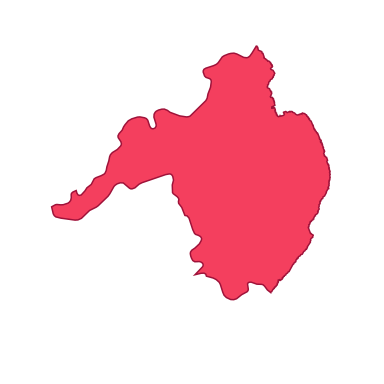 the district of Sosua, Puerto Plata, Dominican Republic, rotated 72°
{"feature_id": "3306468B55760825381670", "entity_name": "Sosua", "entity_type": "district", "adm_level": 2, "iso_a3": "DOM", "parent_name": "Dominican Republic", "parent_adm1": "Puerto Plata", "projection": "orthographic", "projection_center": [-70.473, 19.663], "detail": "fine", "context": "isolated", "style": "filled", "palette": "rose", "viewbox_px": 384, "rotation_deg": 72, "n_neighbors": 0, "source": "geoboundaries", "source_scale": "gbopen_adm2", "svg_char_len": 5849}
<svg xmlns="http://www.w3.org/2000/svg" viewBox="0 0 384 384"><g transform="rotate(72 192 192)"><path d="M312.0,148.2L311.4,147.9L311.4,147.0L309.6,145.1L309.6,144.5L309.0,144.1L309.0,143.5L308.4,143.2L308.4,142.6L307.8,142.3L307.8,141.3L306.9,140.7L306.9,140.0L306.3,139.4L305.1,139.1L305.1,138.5L304.5,137.8L303.6,137.8L303.6,137.5L302.4,137.2L302.4,136.0L303.0,136.0L303.0,135.3L303.3,135.3L303.0,134.1L302.7,134.1L302.7,133.1L302.1,132.5L301.5,132.5L301.5,131.8L300.7,131.2L300.7,130.3L300.1,130.0L299.8,128.4L298.9,127.7L298.6,126.2L297.7,125.2L297.7,124.3L292.0,118.3L292.0,117.7L291.1,117.0L290.8,115.8L290.3,115.4L290.3,114.8L288.8,114.2L288.5,113.2L287.9,112.9L287.9,112.0L287.3,112.0L287.3,111.3L286.4,110.7L286.1,108.8L285.2,107.9L285.2,106.3L283.1,104.1L282.8,102.8L281.6,101.6L281.9,100.9L280.4,99.4L279.9,99.4L276.3,94.9L275.7,94.9L274.8,94.0L273.9,94.0L273.0,93.1L272.4,91.2L271.8,91.2L270.9,90.2L270.1,90.2L268.9,91.5L268.3,91.5L268.0,92.1L262.0,92.4L262.0,92.1L260.8,91.8L260.6,91.2L259.1,90.9L259.1,90.2L258.5,89.6L257.9,89.6L257.3,88.6L256.7,88.6L256.7,87.4L256.1,87.1L255.8,85.5L255.2,85.2L255.2,84.5L254.6,84.5L252.8,82.7L252.8,82.0L251.9,81.7L251.3,79.5L250.4,78.5L249.6,78.6L249.3,77.9L248.7,77.9L247.5,76.3L245.7,76.3L244.8,75.4L243.3,75.1L242.7,73.8L241.8,73.8L241.2,73.2L240.6,73.2L240.6,72.6L240.1,72.6L239.5,71.9L239.5,71.3L238.6,70.7L238.6,69.7L237.1,68.8L236.8,67.2L234.1,64.4L233.5,64.4L231.1,61.8L231.1,61.2L230.3,61.2L230.3,60.9L229.7,61.2L228.2,59.6L227.3,59.6L226.7,59.0L225.5,59.0L224.9,58.4L224.0,58.4L223.7,57.7L223.1,57.7L222.8,57.1L221.0,56.5L221.0,56.2L218.4,55.8L218.1,55.2L216.3,55.2L216.3,54.9L214.8,54.6L214.8,54.3L212.4,54.6L212.4,54.3L211.3,54.3L211.3,54.0L208.6,54.0L208.6,53.6L207.1,54.0L207.1,54.3L204.4,54.3L203.8,53.3L200.9,53.3L200.9,53.6L199.7,54.0L198.8,54.9L198.2,54.9L198.2,54.6L196.1,54.9L195.2,54.0L194.6,54.0L194.3,53.3L193.1,53.3L193.1,53.6L190.2,53.6L190.2,53.3L187.2,53.6L187.2,53.3L185.4,53.3L184.8,54.3L183.9,54.3L183.6,53.3L182.8,53.3L182.8,53.6L182.2,53.6L181.6,54.3L180.7,54.3L180.7,54.0L175.3,54.3L175.3,54.6L174.4,54.6L174.1,55.2L172.7,55.2L172.1,55.8L170.6,55.8L170.6,56.2L169.4,56.2L169.4,56.5L166.1,56.2L166.1,56.5L161.4,56.8L160.5,57.7L159.0,57.7L159.0,58.1L158.1,58.0L158.1,58.4L156.6,58.4L156.6,58.7L155.4,59.0L155.4,59.3L154.0,59.3L153.7,59.9L152.2,60.6L152.1,61.2L151.0,62.5L151.3,63.7L151.6,63.7L151.3,64.0L151.3,65.9L151.6,65.9L151.3,68.1L150.1,69.4L148.6,70.0L147.4,71.6L146.8,71.6L146.2,72.2L146.2,73.5L145.9,73.5L145.9,74.5L145.6,74.5L145.9,77.0L144.4,77.9L144.4,80.1L145.0,80.1L145.0,80.4L146.5,80.1L147.4,81.1L147.4,83.9L147.1,83.9L147.1,84.9L146.8,84.9L147.1,85.2L147.1,86.4L146.5,87.1L145.6,87.1L145.6,87.4L144.4,87.4L144.4,87.7L143.3,87.4L143.3,87.7L141.8,87.7L141.8,88.0L140.3,88.0L140.0,87.4L137.6,87.4L137.0,88.0L137.0,89.0L137.3,89.0L137.0,90.2L135.8,89.9L135.2,86.4L132.0,86.1L132.0,85.8L130.2,85.8L130.2,86.1L128.7,85.8L128.7,86.1L127.8,86.1L127.8,86.4L126.9,86.4L126.3,88.0L125.4,88.0L124.8,87.1L124.3,87.1L123.1,85.8L121.6,85.5L121.6,85.8L120.4,85.8L120.4,86.1L117.7,86.4L116.2,88.0L115.3,88.0L114.5,87.1L113.6,87.1L113.0,85.8L111.5,85.2L110.9,84.5L110.9,83.9L109.4,82.6L109.1,80.7L107.9,79.8L107.9,79.2L107.0,78.9L106.4,77.9L105.9,77.9L104.7,76.6L101.4,77.3L99.6,79.2L99.0,79.2L98.4,78.5L98.1,77.3L97.2,77.0L97.2,76.6L95.8,76.6L95.8,77.0L94.9,77.0L94.9,77.3L93.4,77.3L93.4,77.6L91.9,77.9L91.0,78.8L91.0,79.5L89.8,79.8L88.9,80.7L88.3,80.7L87.1,82.0L86.3,82.0L86.3,81.7L82.1,81.7L81.8,82.3L80.0,82.3L77.6,85.1L75.0,84.8L75.0,85.1L73.5,85.1L73.1,85.8L78.5,92.1L80.6,95.0L81.3,97.0L81.2,98.5L80.0,101.2L74.6,106.7L72.9,109.2L72.2,112.2L72.0,114.6L72.3,119.2L72.9,121.5L77.1,127.1L78.1,129.3L78.5,132.5L78.5,140.6L79.0,142.7L80.1,143.8L81.4,144.3L85.5,144.2L87.3,143.3L89.8,140.0L91.4,139.3L93.1,139.6L98.1,142.0L103.7,146.5L107.5,148.6L109.4,150.6L119.2,170.3L119.3,171.7L119.0,173.8L115.8,180.2L109.4,188.3L106.8,190.1L104.6,192.7L103.9,195.1L103.7,198.5L104.1,201.0L104.8,202.4L106.3,204.0L109.1,205.1L116.3,205.2L118.3,205.7L119.7,207.3L119.9,209.2L119.4,210.5L118.3,211.4L116.2,211.9L110.1,211.9L108.1,212.7L106.8,214.1L104.5,218.3L103.9,220.7L103.8,226.6L104.6,230.6L107.3,234.9L108.9,236.9L111.6,239.3L114.0,243.4L115.8,245.1L117.5,245.4L122.1,244.1L124.2,244.2L125.4,244.8L126.3,245.8L128.5,249.9L129.9,255.6L131.3,258.0L132.9,259.4L136.7,261.5L141.8,265.2L145.0,266.9L147.1,268.8L147.8,270.0L148.4,273.2L148.7,278.8L149.2,280.9L153.7,285.5L155.5,290.6L157.8,293.4L160.6,298.3L160.4,300.3L159.5,301.3L157.6,301.8L154.8,301.7L155.2,305.2L156.0,307.0L157.1,307.7L160.2,308.6L162.5,310.0L163.7,311.7L164.3,313.3L164.3,318.3L163.7,320.7L162.1,324.4L161.9,325.8L162.7,330.1L169.8,330.7L171.9,330.3L173.6,329.2L176.4,324.7L182.6,311.9L183.3,309.1L182.9,305.3L177.9,295.1L176.8,287.7L176.1,285.5L170.1,273.2L168.2,270.6L162.6,264.5L161.8,263.0L161.1,260.6L161.1,257.3L162.2,254.5L169.2,250.2L170.1,249.2L170.5,247.9L170.4,245.0L168.2,239.9L167.7,236.6L167.3,211.7L167.8,207.9L168.5,206.6L169.8,205.8L171.3,205.5L175.0,205.9L179.2,208.6L186.6,210.7L187.9,210.3L191.9,207.5L193.7,206.8L194.9,206.8L197.0,207.9L198.7,208.2L203.5,206.5L212.1,206.0L213.2,204.0L215.9,202.9L228.1,202.9L232.1,202.4L233.4,201.7L235.3,199.2L236.9,197.8L238.2,197.3L239.5,197.3L241.0,198.2L243.6,201.0L246.2,206.5L247.3,210.2L248.7,212.0L250.2,212.7L252.6,213.0L255.1,212.9L257.5,212.4L259.2,210.9L260.4,206.6L261.2,205.3L262.9,204.0L264.3,203.8L265.5,204.2L266.4,205.1L271.6,214.7L272.1,208.5L272.9,205.6L274.3,204.3L276.5,204.3L280.4,198.4L282.8,196.0L286.3,194.0L288.7,193.6L296.9,193.7L300.1,193.4L303.0,191.9L306.2,188.5L307.3,185.6L307.3,182.6L305.0,176.5L303.9,170.4L303.1,169.2L301.9,168.5L296.6,167.6L295.7,166.6L295.5,165.3L296.1,163.5L299.7,158.8L301.4,154.2L302.2,153.1L303.9,152.1L308.4,150.6L312.0,148.2Z" fill="#f43f5e" stroke="#9f1239" stroke-width="1.5"/></g></svg>